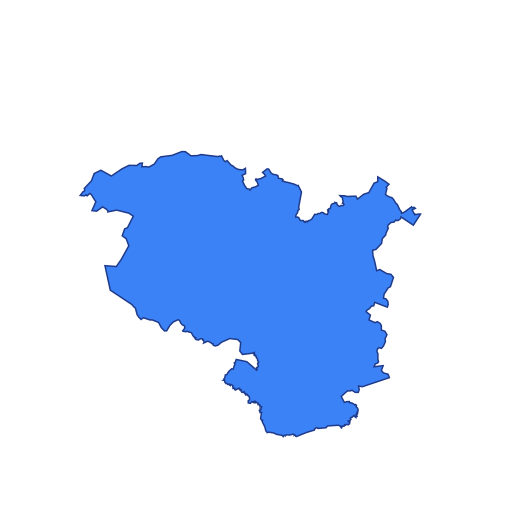 outline of Kazdangas pag., Aizputes, Latvia, rotated 306°
{"feature_id": "27541924B75570009017892", "entity_name": "Kazdangas pag.", "entity_type": "district", "adm_level": 2, "iso_a3": "LVA", "parent_name": "Latvia", "parent_adm1": "Aizputes", "projection": "albers", "projection_center": [21.685, 56.711], "detail": "fine", "context": "isolated", "style": "filled", "palette": "blue", "viewbox_px": 512, "rotation_deg": 306, "n_neighbors": 0, "source": "geoboundaries", "source_scale": "gbopen_adm2", "svg_char_len": 6153}
<svg xmlns="http://www.w3.org/2000/svg" viewBox="0 0 512 512"><g transform="rotate(306 256 256)"><path d="M220.1,78.7L209.6,77.4L208.8,78.6L207.8,79.0L206.2,78.3L201.7,78.2L203.6,81.6L205.7,82.8L205.4,84.0L209.0,84.8L208.9,86.7L205.7,94.6L196.3,96.6L198.6,100.7L205.6,103.1L205.9,107.9L205.4,109.8L204.6,110.2L211.2,116.3L215.9,127.9L216.1,133.3L203.3,135.4L200.7,133.8L193.7,135.9L193.7,140.8L189.5,147.1L174.1,149.0L165.4,149.2L159.4,139.5L142.7,158.2L143.8,184.0L143.1,186.9L143.0,189.0L138.6,194.4L137.7,197.0L137.1,200.3L139.9,201.2L141.9,207.7L143.3,209.6L145.0,216.2L142.4,221.5L141.6,226.0L143.0,227.7L149.1,227.1L154.1,227.9L158.8,230.5L158.9,232.1L157.7,234.2L157.0,236.7L157.4,239.0L157.1,239.7L155.5,240.8L152.4,240.7L152.2,241.2L153.6,243.9L154.8,244.6L154.9,246.2L155.9,248.0L155.8,249.1L154.3,252.3L153.8,254.8L155.2,255.2L153.3,255.5L153.2,256.7L154.2,258.8L156.5,259.8L157.6,261.4L156.7,262.2L157.1,262.8L156.1,264.5L154.9,264.8L158.8,267.1L159.3,270.1L159.2,272.2L159.7,273.0L158.7,273.9L159.2,275.8L161.3,277.6L166.0,278.8L173.8,283.3L177.7,290.3L177.0,294.5L169.7,298.7L168.4,302.9L175.5,310.5L176.8,311.3L175.9,311.6L176.2,311.9L175.2,312.5L175.5,312.6L174.9,313.4L175.2,313.7L174.7,313.8L175.0,315.1L173.9,316.0L173.6,317.9L172.7,318.3L171.5,320.6L170.2,320.3L167.9,322.9L165.9,322.1L164.5,323.9L164.0,323.7L165.1,310.7L160.7,300.8L157.9,301.7L156.7,301.3L156.5,302.3L151.1,304.0L150.4,302.6L146.6,301.8L142.8,302.1L141.8,301.1L138.9,302.4L137.7,302.3L137.2,303.1L136.3,302.6L136.9,304.1L135.6,304.9L135.2,306.6L135.9,307.1L135.4,308.4L136.2,309.0L136.0,310.3L136.7,310.3L136.3,311.4L137.3,311.2L137.6,313.4L136.3,314.1L136.2,315.1L135.4,315.3L136.5,316.6L135.4,317.4L135.4,318.1L138.9,319.8L138.5,320.4L139.1,320.8L138.2,321.8L139.0,322.6L138.1,323.0L137.4,324.7L138.2,325.5L138.1,326.0L139.2,326.2L138.1,328.1L138.5,328.3L138.7,329.2L137.7,329.5L138.8,330.6L138.3,331.4L138.5,331.7L138.1,333.2L137.1,334.5L135.6,335.3L134.3,334.8L132.6,336.1L133.5,338.0L135.8,338.3L135.9,339.5L136.5,339.5L136.2,340.5L136.6,340.4L136.8,341.1L137.3,340.2L138.1,340.9L137.6,341.7L138.1,342.5L137.6,343.9L138.1,344.2L137.0,345.1L137.7,345.8L137.7,346.6L137.1,346.9L137.2,347.6L136.3,348.0L137.3,349.1L134.8,350.2L134.5,350.1L134.7,349.7L134.5,349.2L133.3,350.2L132.9,349.7L131.7,351.4L132.8,352.4L127.1,355.3L126.7,356.3L127.0,357.8L126.2,357.7L125.2,359.2L123.0,363.5L120.4,366.6L119.7,368.9L121.0,369.9L123.2,374.3L123.8,377.5L125.9,381.8L126.3,383.3L125.9,384.1L127.4,384.0L127.7,385.5L129.3,385.7L131.0,388.6L133.7,390.7L133.9,391.7L133.5,392.1L133.9,392.1L134.1,393.1L133.5,394.1L133.7,394.8L143.1,400.7L149.5,405.6L150.8,405.0L153.0,406.1L152.9,407.5L158.2,413.6L160.6,413.8L167.5,422.1L167.9,423.8L167.1,426.2L167.6,426.3L168.5,425.2L170.0,427.3L171.5,426.8L171.6,427.8L173.1,428.3L173.7,429.8L175.2,430.3L176.9,429.5L176.3,428.0L176.8,427.6L177.9,428.8L179.7,428.8L180.1,427.8L180.8,427.5L182.1,428.6L184.2,428.8L184.1,431.4L184.8,430.7L184.7,431.6L185.8,432.0L186.8,430.0L187.3,430.0L186.9,430.9L187.4,430.5L187.7,430.9L189.3,430.2L189.3,429.5L190.5,429.7L191.6,429.0L192.7,427.4L192.9,425.6L194.3,425.0L194.3,423.7L193.5,423.4L193.7,421.8L193.4,419.9L192.3,417.8L193.1,417.1L191.7,415.2L189.5,413.5L192.5,407.5L200.5,409.2L202.5,411.8L203.8,412.5L204.0,416.4L205.8,418.9L208.5,418.1L211.1,415.4L212.7,418.8L236.0,435.4L238.0,432.3L236.3,427.8L237.1,424.7L242.0,423.3L235.8,416.6L238.8,415.9L240.9,417.3L242.5,417.3L244.0,415.4L248.6,412.0L249.8,410.0L251.1,409.2L253.4,409.0L254.4,410.0L255.0,411.8L258.1,412.0L262.9,411.0L264.8,409.1L269.3,408.2L270.9,404.5L269.8,400.9L273.3,398.4L274.4,396.1L274.2,392.8L272.0,391.4L270.7,385.0L275.4,383.3L275.7,377.8L277.3,377.6L280.1,378.7L283.6,378.9L284.8,380.5L288.3,379.3L291.8,392.3L294.4,391.5L296.9,389.2L297.7,386.4L296.8,383.9L300.6,382.0L308.0,381.7L310.2,382.8L319.5,379.8L320.5,375.9L318.6,372.1L317.8,364.1L315.0,362.3L321.8,354.7L324.9,350.6L329.1,347.0L331.9,349.2L340.0,350.2L344.2,348.0L349.2,348.6L350.7,347.8L356.4,346.6L356.9,345.3L358.6,344.7L362.4,345.5L364.7,347.8L367.2,347.9L367.4,349.1L368.5,350.2L371.1,351.0L372.8,350.4L373.4,365.2L386.6,364.5L385.7,363.0L383.3,360.8L383.4,360.0L382.8,359.9L385.1,355.2L388.2,356.9L388.3,355.4L386.6,353.3L387.0,352.9L378.5,350.2L375.5,348.3L376.2,348.5L377.3,347.6L377.9,345.1L380.8,340.0L380.9,338.2L382.7,333.8L383.1,331.5L382.4,330.0L381.8,326.8L382.0,324.5L387.7,322.2L388.2,320.9L392.2,321.4L392.3,316.2L391.6,308.0L387.6,310.8L384.3,308.7L373.6,310.0L369.2,306.8L361.7,304.7L363.1,301.6L357.7,294.7L357.0,292.7L354.2,288.4L353.8,290.1L354.2,290.7L353.7,292.0L352.6,292.8L351.8,294.2L349.6,295.0L349.9,295.3L349.5,296.9L348.1,296.9L346.8,295.1L345.4,294.6L344.9,293.5L345.3,291.4L346.4,290.0L345.8,288.6L345.5,289.2L343.3,287.2L341.7,286.8L337.9,288.1L337.1,287.2L335.3,286.9L335.1,287.3L335.3,287.6L334.6,287.8L334.9,288.5L331.5,289.3L330.2,286.4L330.6,285.6L330.4,284.3L329.5,283.2L327.9,282.7L326.9,281.3L325.5,280.9L324.2,279.0L318.7,279.4L316.1,278.5L315.4,277.6L314.0,277.5L314.4,277.0L313.4,277.5L314.0,276.9L313.8,276.4L313.0,275.7L312.1,276.0L311.8,274.8L312.2,274.6L312.4,273.2L310.9,271.4L310.9,270.6L312.2,267.9L311.8,266.5L310.8,265.3L312.2,264.4L316.3,263.9L316.9,263.1L319.1,263.5L320.8,261.7L334.5,255.2L337.9,248.6L337.2,248.1L336.6,244.7L334.1,238.1L333.0,236.1L333.2,235.9L332.2,233.2L333.5,233.1L333.8,231.9L332.1,228.4L333.8,226.6L333.8,225.5L332.0,221.3L332.1,219.1L333.8,215.1L332.9,213.7L327.5,212.2L327.1,215.0L326.3,216.7L321.4,214.3L318.5,211.8L318.4,210.7L317.8,210.7L317.2,211.0L316.6,213.4L314.6,216.4L311.2,214.6L308.8,212.6L305.8,212.4L306.2,211.4L305.1,208.9L306.4,205.2L308.8,200.9L310.2,201.3L311.6,199.9L313.1,197.3L316.5,199.2L320.7,195.9L317.8,194.6L315.5,190.5L314.9,186.6L315.3,185.2L314.9,182.0L316.2,176.6L314.3,175.8L314.4,173.7L316.8,169.2L315.7,168.8L315.4,167.8L314.0,166.7L305.7,151.8L302.9,149.7L298.8,144.5L298.9,137.6L297.0,134.7L288.0,128.9L280.3,120.7L276.9,119.5L270.7,119.7L265.0,117.1L263.7,114.5L261.1,111.2L264.4,109.5L262.7,107.5L259.2,106.4L254.7,100.0L247.9,96.4L235.7,92.0L234.2,80.1L227.6,76.6L220.1,78.7Z" fill="#3b82f6" stroke="#1e3a8a" stroke-width="1.5"/></g></svg>